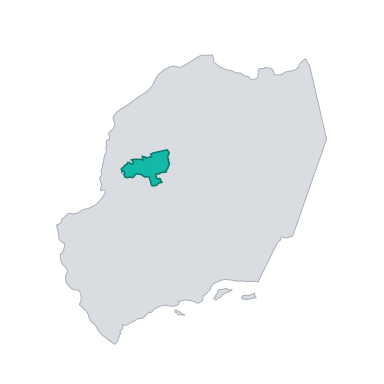 location of Chunya, Mbeya, United Republic of Tanzania, rotated 77°
{"feature_id": "72390352B92011686492741", "entity_name": "Chunya", "entity_type": "district", "adm_level": 2, "iso_a3": "TZA", "parent_name": "United Republic of Tanzania", "parent_adm1": "Mbeya", "projection": "robinson", "projection_center": [33.407, -7.806], "detail": "fine", "context": "in_parent", "style": "filled", "palette": "teal", "viewbox_px": 384, "rotation_deg": 77, "n_neighbors": 0, "source": "geoboundaries", "source_scale": "gbopen_adm2", "svg_char_len": 8630}
<svg xmlns="http://www.w3.org/2000/svg" viewBox="0 0 384 384"><g transform="rotate(77 192 192)"><path d="M145.8,273.5L142.0,271.2L138.5,269.9L135.7,268.3L134.4,266.8L131.7,266.2L129.4,266.0L127.3,264.6L122.9,264.1L122.4,263.1L122.3,261.1L121.5,260.5L119.9,260.0L118.2,260.0L117.2,260.3L116.5,260.2L115.1,259.0L113.8,257.4L113.3,255.0L111.3,253.4L108.9,252.1L102.5,252.3L101.5,251.9L100.0,250.6L98.2,248.6L96.7,246.2L95.4,243.0L94.1,238.7L86.7,221.5L85.9,218.3L84.5,214.7L82.1,210.2L79.6,206.9L76.2,204.0L72.4,201.0L70.3,199.0L66.3,190.9L65.5,187.1L64.8,183.2L65.1,181.6L67.6,176.5L67.8,175.1L67.5,173.2L66.3,169.1L64.7,164.3L61.5,155.3L61.1,153.1L61.1,151.4L63.0,142.4L62.9,141.1L70.4,141.3L75.8,137.3L80.5,131.4L81.4,128.9L83.3,125.1L85.2,123.2L85.9,121.9L87.0,118.1L89.5,115.5L91.9,113.6L91.4,112.2L91.7,111.7L93.0,110.6L95.6,109.7L96.1,107.7L96.1,105.5L95.7,104.2L95.8,102.8L95.4,102.0L93.7,101.8L91.2,100.6L89.1,100.2L87.7,99.5L87.2,99.0L87.0,97.7L88.1,94.2L87.0,92.8L89.5,87.1L90.0,86.4L90.9,86.3L92.4,85.7L93.8,85.4L94.9,85.6L95.8,85.4L96.5,84.7L97.1,82.8L97.6,79.5L97.3,76.8L96.3,74.8L96.0,71.7L96.5,67.5L96.1,64.0L94.9,61.2L93.7,59.6L91.8,58.8L88.9,54.5L88.0,52.5L88.2,51.2L89.2,50.6L91.0,50.8L92.8,50.3L94.4,49.2L96.0,48.8L96.9,49.0L170.8,49.0L257.2,103.6L257.5,104.2L258.2,109.0L258.1,110.5L256.7,113.3L256.3,114.7L256.3,115.7L256.6,116.0L257.8,116.2L258.7,116.8L259.1,117.3L259.8,119.4L260.8,120.4L293.6,147.2L294.3,147.6L293.8,149.8L292.0,155.3L291.9,157.5L291.1,160.2L290.4,162.0L288.5,169.6L286.9,172.5L284.7,179.2L284.4,184.4L285.6,188.0L286.0,191.4L288.5,194.7L290.5,195.8L291.9,197.4L294.3,200.8L295.7,204.3L300.0,206.0L301.7,209.9L301.1,212.5L299.1,214.7L297.2,218.3L295.6,223.0L295.6,230.3L296.6,229.2L298.9,230.9L299.2,236.2L296.8,242.4L296.0,245.3L295.9,247.8L297.6,255.2L300.2,258.9L300.0,260.1L299.3,261.1L303.8,267.8L303.4,273.6L305.0,278.1L305.8,282.0L306.9,285.0L307.1,287.1L305.7,289.4L308.9,289.9L310.8,291.8L311.7,293.6L314.1,293.5L315.3,294.8L317.2,295.8L321.2,298.8L322.3,300.3L322.9,301.7L311.7,311.3L307.7,313.7L304.8,314.8L301.7,315.5L298.8,317.0L296.0,319.3L292.5,320.5L288.2,320.5L283.6,322.2L276.5,327.1L272.4,324.4L269.1,323.5L265.4,323.6L263.1,323.9L262.3,324.5L261.6,326.2L261.0,328.9L258.5,331.6L254.2,334.1L250.3,335.0L246.6,334.4L244.2,333.3L242.9,331.9L241.0,331.2L238.5,331.3L236.2,332.4L233.9,334.3L230.2,335.2L225.2,334.9L222.6,334.0L222.2,332.3L220.0,330.4L216.0,328.2L213.1,328.1L211.2,330.3L209.4,331.6L207.9,332.1L206.5,332.2L204.4,331.6L198.9,331.4L193.7,331.5L193.2,328.4L192.1,326.6L191.1,325.4L189.3,325.2L188.8,324.3L188.2,322.4L187.3,320.8L186.2,319.4L185.5,318.2L185.2,317.0L185.4,315.8L186.5,312.7L186.9,310.5L186.7,308.3L186.1,306.0L184.9,303.4L185.0,302.6L184.6,300.8L184.6,299.5L184.8,297.9L184.6,295.8L183.5,291.3L183.5,290.1L182.4,288.0L178.9,282.8L178.8,282.2L173.3,277.0L171.1,275.9L170.3,276.8L170.0,277.7L170.3,279.4L170.1,280.2L169.9,280.6L168.6,280.5L167.8,280.3L165.7,278.9L164.1,278.6L160.1,278.9L158.7,279.2L157.6,278.9L155.5,276.5L153.0,276.0L150.8,275.9L147.1,273.2L145.8,273.5ZM300.7,187.2L302.4,192.9L302.2,193.9L300.9,194.6L300.3,194.6L299.5,193.7L298.9,191.8L298.0,192.3L296.3,190.0L294.7,189.8L293.3,187.1L293.8,184.7L293.5,180.7L295.3,178.6L296.3,175.1L297.4,177.5L297.7,181.2L299.2,185.6L300.7,187.2ZM309.4,153.3L309.6,154.6L309.2,155.9L309.3,159.9L309.1,162.6L307.8,166.3L306.7,167.6L305.7,167.3L304.9,166.7L304.3,165.6L305.6,158.8L304.9,153.8L307.5,154.3L309.4,153.3ZM305.5,235.3L304.3,235.7L303.8,235.3L303.0,234.2L304.4,233.3L305.7,231.4L308.7,228.7L310.2,226.6L309.9,228.7L308.2,233.3L306.7,233.6L305.5,235.3Z" fill="#d9dde1" stroke="#a8b0b8" stroke-width="1"/><path d="M175.8,219.1L175.0,219.3L174.8,219.4L174.4,219.6L173.9,219.6L173.6,219.8L173.1,219.8L172.6,219.9L172.3,220.1L172.0,220.1L171.8,220.2L171.7,220.3L171.5,220.5L171.4,220.8L171.4,221.1L171.4,221.3L171.5,221.7L171.6,221.8L171.3,222.5L171.2,222.6L170.8,223.3L170.7,223.4L170.2,223.4L169.7,223.5L169.5,223.4L169.2,223.2L168.9,223.3L168.6,223.4L168.4,223.4L168.2,223.3L167.8,223.2L167.4,223.2L166.8,223.3L166.6,223.2L166.4,223.0L166.4,222.9L166.5,222.6L166.6,222.0L166.9,221.5L167.0,221.3L166.8,220.7L166.9,220.2L166.6,219.3L166.6,219.1L166.4,218.6L166.4,218.2L166.2,217.8L166.2,217.4L166.2,217.1L166.3,216.8L166.3,216.3L166.4,215.8L166.6,214.0L166.7,213.1L166.7,212.9L166.6,212.6L166.4,212.4L165.8,212.3L165.6,212.1L165.4,212.2L165.2,212.1L164.8,211.8L164.6,211.5L164.3,211.5L164.1,211.4L163.8,210.6L163.6,210.5L163.6,210.4L163.3,210.3L163.3,210.2L163.2,210.2L162.9,209.9L162.5,209.8L162.4,209.7L162.1,209.5L161.5,209.2L161.4,209.1L161.2,209.0L161.0,208.7L160.9,208.5L160.8,208.4L160.6,208.1L160.4,208.0L160.2,208.0L159.8,208.1L159.3,207.8L159.1,207.6L158.9,207.6L158.6,207.7L158.4,207.6L158.2,207.7L158.0,207.9L157.8,207.9L157.7,208.0L157.4,207.8L157.2,207.9L156.9,207.8L156.6,207.9L156.4,208.1L156.2,208.0L155.6,207.9L155.4,207.9L155.2,207.8L155.1,207.7L155.0,207.8L154.8,207.7L154.8,207.8L154.7,207.8L154.5,207.7L154.3,207.7L154.1,207.8L153.5,207.9L153.2,208.0L152.9,207.9L152.5,208.0L152.2,207.8L151.9,207.4L151.7,207.4L151.3,207.0L150.6,206.9L150.5,206.7L150.3,206.6L150.0,206.2L149.7,206.1L149.6,205.9L149.5,205.7L149.3,205.6L149.0,205.7L148.8,205.7L148.5,205.7L148.3,205.6L148.1,205.8L147.7,205.7L147.3,205.7L147.2,205.8L147.0,206.0L146.9,206.1L146.6,206.3L146.4,206.5L146.3,206.4L146.1,206.5L145.8,206.4L145.7,206.6L145.4,206.7L145.4,206.8L145.3,207.0L145.2,207.2L145.2,207.3L145.3,209.2L145.3,210.1L145.3,213.2L145.2,217.8L145.2,218.4L145.2,218.6L145.3,219.7L145.2,221.2L145.3,221.7L145.5,222.2L145.7,222.6L145.8,223.8L146.3,223.8L146.6,223.7L146.8,223.5L147.1,223.4L147.3,223.3L148.1,223.3L148.6,223.5L148.6,223.9L148.6,224.1L148.6,224.4L148.4,225.0L148.4,225.9L148.4,226.2L148.4,228.7L148.5,229.1L148.6,229.4L147.5,229.4L147.3,229.9L147.0,230.2L146.9,230.6L146.8,230.9L146.7,231.2L146.5,231.6L146.3,231.9L146.3,232.1L146.1,232.5L146.6,232.5L147.2,232.5L147.5,232.5L147.9,232.4L148.8,232.5L149.8,232.4L149.5,232.9L149.4,233.0L149.2,233.3L149.1,233.7L148.9,234.1L148.8,234.4L148.2,235.5L148.3,235.8L148.4,236.1L148.4,236.3L148.4,236.6L148.2,237.2L148.1,237.5L147.8,237.9L147.7,238.4L147.6,238.5L147.5,238.8L147.6,239.2L147.5,239.4L147.5,239.9L147.2,240.3L147.2,240.5L147.1,240.8L147.1,241.0L147.1,241.4L147.0,241.5L147.2,241.9L147.2,242.1L147.3,242.3L147.2,242.4L147.2,242.5L147.0,242.8L147.0,243.1L147.0,243.3L147.2,243.6L147.2,243.8L147.3,243.7L147.5,243.6L147.8,243.4L148.2,243.2L148.3,243.1L148.5,242.7L148.9,242.6L149.4,242.8L149.6,242.7L149.7,242.8L150.0,242.9L150.3,242.9L150.5,242.8L150.9,243.0L151.2,243.1L151.3,243.2L151.4,243.6L151.5,243.6L151.5,244.0L151.5,244.3L151.4,244.4L151.2,244.5L151.0,245.0L150.6,245.2L150.5,245.3L150.3,245.8L150.2,245.9L150.0,246.0L149.6,246.1L149.2,246.2L149.1,246.5L149.0,246.9L149.0,247.5L148.9,247.6L148.8,247.9L148.8,248.1L149.3,248.2L149.5,248.3L149.8,248.6L149.9,248.9L149.9,249.0L150.1,249.1L150.5,249.1L150.7,249.4L150.7,250.5L150.8,251.3L151.0,251.5L150.9,251.7L151.2,251.8L151.3,252.0L151.6,252.2L151.8,252.4L152.1,252.8L152.2,253.1L152.4,253.3L152.6,253.6L152.6,254.3L153.0,254.5L153.1,254.8L153.0,255.0L153.0,255.3L153.0,255.2L153.7,255.6L154.2,255.9L154.5,255.7L154.8,255.7L155.1,255.7L155.5,255.6L156.7,255.6L156.4,255.4L156.2,255.4L156.1,255.0L156.1,254.9L156.1,254.7L155.9,254.0L156.0,253.9L156.5,253.8L156.8,253.6L157.1,253.3L157.4,253.3L157.7,253.0L158.0,252.9L158.2,253.3L158.4,253.4L158.7,253.6L158.8,253.9L159.0,254.1L159.6,254.5L159.8,254.5L160.2,254.5L160.5,254.4L160.5,254.2L162.0,254.1L162.3,254.1L162.6,253.7L162.8,253.3L163.1,252.7L163.4,252.5L163.4,252.3L163.4,252.1L163.3,251.5L163.3,251.0L163.5,250.6L163.6,249.9L163.7,249.6L163.6,249.1L163.7,248.9L163.7,248.7L163.8,248.5L163.8,248.3L164.0,247.9L164.4,247.6L164.4,247.1L164.4,246.7L164.4,246.3L164.4,245.9L164.2,245.3L164.0,245.2L163.7,245.1L163.6,244.9L163.5,244.4L163.2,244.2L162.9,244.0L162.6,243.8L162.4,243.8L162.3,243.7L162.1,243.5L162.1,243.1L162.0,242.5L162.1,241.9L162.2,241.2L162.2,240.9L162.3,240.7L162.4,240.4L162.5,240.0L162.7,239.8L162.8,239.7L162.8,239.4L162.9,238.9L163.1,238.7L163.1,238.4L163.1,237.9L163.3,237.7L164.0,237.3L164.4,237.0L164.7,236.6L165.1,236.3L165.3,236.0L165.4,235.7L166.2,235.2L166.5,235.0L166.6,234.7L166.9,234.4L167.0,234.3L167.0,233.8L167.0,233.0L167.0,232.6L167.0,232.3L167.0,231.7L167.1,231.3L167.2,231.2L167.3,231.0L167.8,230.6L168.4,230.5L169.0,230.3L169.8,230.4L170.3,230.3L170.8,230.2L171.1,230.2L171.3,230.2L172.1,230.0L173.3,230.0L174.2,230.1L175.3,230.0L176.5,229.7L177.0,229.4L177.1,229.2L177.6,225.7L177.5,225.0L175.9,222.4L175.8,219.1Z" fill="#14b8a6" stroke="#0f766e" stroke-width="1.5"/></g></svg>